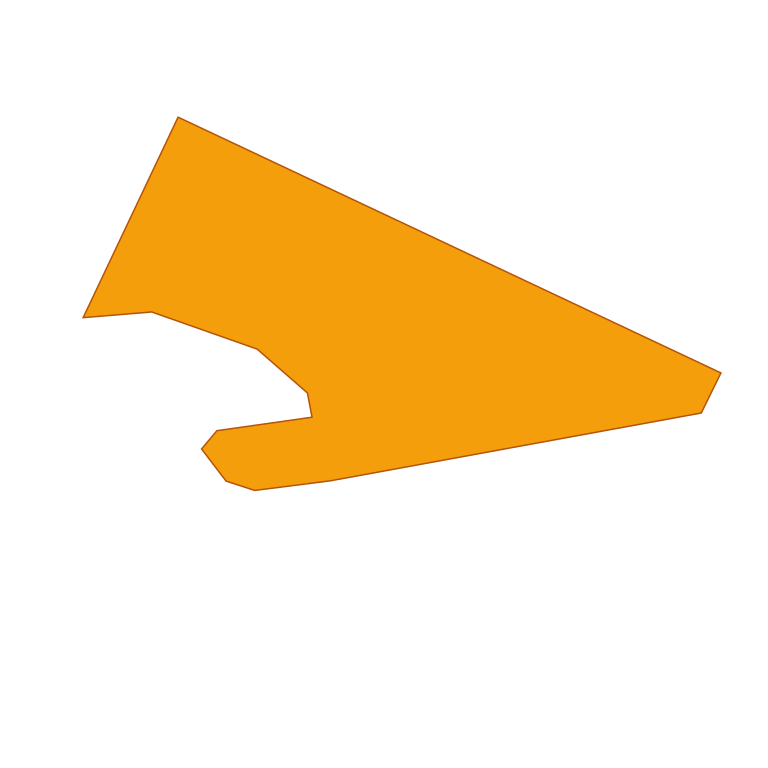 outline of Pointe Noire, rotated 295°
{"feature_id": "COG-5855", "entity_name": "Pointe Noire", "entity_type": "Region", "adm_level": 1, "iso_a3": "COG", "parent_name": "Republic of the Congo", "parent_adm1": "", "projection": "equal_earth", "projection_center": [11.852, -4.798], "detail": "fine", "context": "isolated", "style": "filled", "palette": "amber", "viewbox_px": 768, "rotation_deg": 295, "n_neighbors": 0, "source": "natural_earth", "source_scale": "10m", "svg_char_len": 337}
<svg xmlns="http://www.w3.org/2000/svg" viewBox="0 0 768 768"><g transform="rotate(295 384 384)"><path d="M491.8,683.8L273.6,376.3L232.9,311.8L229.2,282.0L248.0,246.1L271.1,252.3L323.5,332.8L343.5,318.4L362.0,254.3L351.1,143.0L317.0,83.3L538.8,84.6L536.4,684.7L491.8,683.8Z" fill="#f59e0b" stroke="#b45309" stroke-width="1.5"/></g></svg>